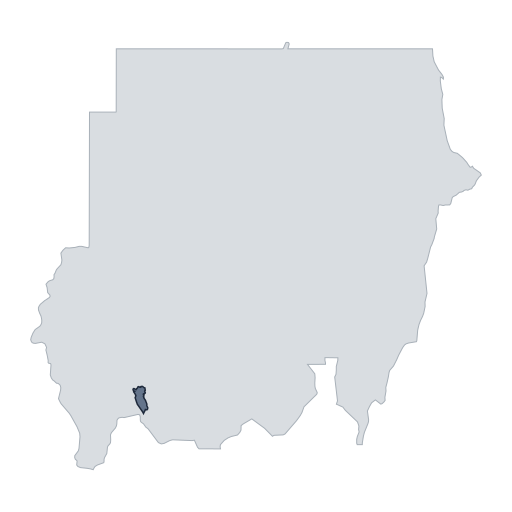 location of Al Firdous, Eastern Darfur, Sudan
{"feature_id": "16777658B1174782743239", "entity_name": "Al Firdous", "entity_type": "district", "adm_level": 2, "iso_a3": "SDN", "parent_name": "Sudan", "parent_adm1": "Eastern Darfur", "projection": "natural_earth1", "projection_center": [25.904, 10.88], "detail": "fine", "context": "in_parent", "style": "filled", "palette": "slate", "viewbox_px": 512, "rotation_deg": 0, "n_neighbors": 0, "source": "geoboundaries", "source_scale": "gbopen_adm2", "svg_char_len": 5144}
<svg xmlns="http://www.w3.org/2000/svg" viewBox="0 0 512 512"><path d="M362.3,444.6L357.2,444.6L356.7,443.2L356.7,439.4L357.3,436.6L359.1,432.0L358.6,429.5L358.9,426.0L357.5,421.9L345.3,410.3L342.9,407.1L336.4,404.2L337.5,400.9L334.7,377.0L336.0,374.3L336.3,370.1L336.3,366.5L337.8,360.4L337.9,357.8L325.0,357.6L324.9,360.2L325.5,363.1L325.5,364.3L307.5,364.4L314.8,373.8L315.1,377.8L314.8,382.9L314.9,386.2L315.3,388.4L317.2,392.5L317.1,393.3L316.7,394.3L304.0,406.8L301.9,412.6L300.2,415.6L296.5,420.7L285.0,434.0L283.1,434.9L274.2,435.3L273.3,435.7L272.6,436.3L272.3,436.1L264.6,428.3L251.8,418.9L243.4,423.8L241.1,425.6L241.0,430.1L239.8,432.4L237.5,435.0L231.3,436.5L228.0,437.9L224.2,440.4L220.4,444.7L220.1,446.9L220.5,448.9L199.0,448.8L197.5,447.2L194.4,440.2L192.2,440.6L172.5,439.8L169.7,440.6L164.1,443.4L161.3,443.9L158.4,442.6L148.0,428.7L145.8,427.1L143.5,423.8L141.3,422.3L140.5,421.3L140.3,419.8L140.3,416.8L139.6,414.8L138.0,414.4L124.1,417.6L122.1,417.3L119.2,417.8L118.2,418.4L117.0,420.2L116.8,424.0L116.4,425.9L115.4,428.0L111.4,432.7L110.5,434.8L110.7,439.9L110.5,442.6L109.9,443.8L108.1,445.8L107.5,446.9L106.8,453.5L104.6,457.5L104.1,459.0L104.0,461.9L103.7,462.7L97.4,465.0L95.0,466.5L93.6,468.7L93.2,469.7L90.5,468.9L87.1,468.3L80.5,467.6L77.9,466.5L76.7,465.0L77.1,461.0L76.4,460.1L75.4,459.4L74.7,457.6L74.8,455.6L78.3,450.9L79.0,448.4L80.0,436.8L79.7,433.2L77.0,426.7L70.7,415.4L69.2,413.2L61.3,404.0L60.4,402.6L58.5,398.7L60.6,390.1L60.8,387.7L60.2,385.3L58.2,383.4L56.5,383.2L54.1,380.9L52.6,379.9L51.3,377.9L50.3,375.0L51.0,364.9L50.6,363.6L48.6,363.2L48.1,362.5L48.2,360.5L47.1,354.8L45.9,350.0L46.6,347.4L44.9,343.8L41.7,342.2L35.4,343.4L33.5,343.2L32.1,342.6L31.2,341.2L30.7,339.7L31.2,337.3L33.0,333.0L35.2,329.5L39.8,326.3L41.0,324.6L41.7,322.7L41.8,320.5L41.5,318.2L41.0,316.1L39.7,313.3L38.5,310.0L38.4,307.8L39.0,306.3L40.3,304.3L44.7,300.6L49.4,297.5L50.1,296.4L49.9,295.1L47.7,292.6L47.1,287.6L46.0,284.2L48.3,281.5L50.0,280.6L52.7,279.8L53.8,278.7L54.1,276.6L54.0,274.7L55.0,273.2L56.3,270.0L57.3,268.6L60.9,264.8L61.6,262.4L61.9,260.1L60.9,253.1L63.0,250.2L65.6,247.8L69.3,248.0L75.1,247.4L79.0,246.4L81.8,246.4L88.2,247.8L88.9,247.2L89.2,245.3L89.5,112.1L115.8,112.1L116.2,111.9L116.3,48.8L281.9,48.9L283.3,48.6L285.8,42.7L286.9,42.3L288.6,42.6L289.2,44.0L287.9,48.8L432.5,48.8L432.9,56.0L434.2,61.8L438.5,70.0L442.0,74.5L443.3,76.9L443.5,78.0L443.3,79.1L442.2,77.9L440.4,77.1L440.3,80.9L441.3,88.8L442.8,94.4L441.9,99.5L442.2,108.2L444.2,118.6L443.9,125.2L447.2,140.7L450.3,149.3L452.0,151.4L453.8,152.5L457.3,153.3L462.5,157.6L466.7,162.3L468.2,164.7L470.2,167.3L471.6,166.9L472.4,166.2L473.7,168.3L480.3,172.9L481.3,175.1L479.0,177.2L476.4,180.8L475.1,184.1L474.4,185.2L472.3,187.3L472.0,188.3L471.1,189.0L470.1,189.0L467.9,190.2L465.9,189.8L463.9,190.5L463.2,191.3L461.6,192.0L459.4,192.3L456.1,195.2L453.2,196.6L452.2,197.7L450.8,203.4L449.7,204.9L445.3,205.0L443.2,205.5L440.3,204.9L438.9,205.0L438.5,206.2L438.1,211.0L438.2,213.1L435.8,218.7L436.7,229.0L434.4,236.8L434.1,238.6L431.8,244.7L430.6,247.0L427.7,258.5L426.6,262.1L424.1,265.8L427.0,293.4L425.0,301.9L425.1,306.5L423.7,313.3L422.5,316.5L420.6,320.3L419.0,324.5L417.7,330.1L416.8,340.7L416.4,341.7L408.6,343.0L406.2,343.8L404.6,344.9L402.6,347.7L398.7,355.1L396.7,359.7L393.5,366.0L389.7,370.4L389.0,372.6L388.4,376.6L387.0,382.9L385.8,387.4L386.0,391.0L384.9,397.3L385.1,400.4L383.8,402.1L382.0,403.7L380.8,404.1L375.4,399.9L371.6,402.8L369.3,406.9L367.4,411.0L368.6,419.7L368.5,421.6L367.9,423.7L364.4,432.3L363.4,436.2L362.3,443.0L362.3,444.6Z" fill="#d9dde1" stroke="#a8b0b8" stroke-width="1"/><path d="M144.9,387.9L144.6,387.8L144.4,387.8L144.0,387.7L143.7,387.4L142.9,386.7L142.5,386.4L142.1,386.4L141.5,386.4L141.0,386.5L140.7,386.7L140.7,386.9L140.7,387.3L140.0,387.3L139.4,387.1L139.1,386.8L138.8,386.6L138.2,386.8L137.8,387.0L137.6,387.7L137.3,388.2L136.9,388.5L136.6,388.6L136.5,388.9L136.4,389.4L136.1,389.7L135.9,389.7L135.3,389.4L134.9,389.0L134.2,388.6L133.7,388.6L133.4,388.6L133.0,389.7L133.2,390.2L133.8,390.9L134.4,391.3L134.0,391.4L133.6,391.7L133.6,391.8L133.8,392.0L134.2,392.6L134.4,392.9L134.5,393.0L135.0,393.9L135.3,394.3L135.5,394.5L135.6,395.2L135.7,395.7L135.8,395.8L135.7,395.9L135.6,396.7L135.5,396.9L135.5,397.0L135.3,397.7L135.2,397.7L135.2,397.9L135.3,398.2L136.7,402.5L137.1,403.5L137.2,404.0L137.7,404.8L138.3,405.6L139.2,406.9L142.7,412.0L143.5,413.5L143.8,412.8L144.5,411.5L145.0,410.5L145.4,409.5L146.2,409.8L147.0,409.8L147.5,409.2L147.8,407.9L147.5,407.2L147.1,406.3L146.9,405.9L146.7,405.2L146.9,404.2L146.5,403.1L146.4,402.8L145.9,401.6L145.8,401.4L145.7,401.0L145.6,400.7L145.4,400.2L144.4,398.8L144.0,398.1L143.8,397.9L143.7,397.5L143.8,397.3L143.9,397.2L143.8,396.7L143.6,396.7L143.4,396.4L143.4,396.2L143.5,395.9L143.7,395.7L143.8,395.5L143.9,395.2L144.0,395.1L144.0,394.9L143.8,394.8L143.6,394.6L143.3,394.2L143.5,393.8L143.9,393.8L144.3,393.7L144.6,393.6L144.9,393.3L145.0,393.3L145.2,393.0L145.3,392.8L145.2,392.5L144.9,392.2L144.7,391.5L144.6,391.2L144.7,390.9L145.0,390.9L145.3,390.2L145.1,389.4L145.0,388.7L144.9,387.9Z" fill="#64748b" stroke="#1e293b" stroke-width="1.5"/></svg>